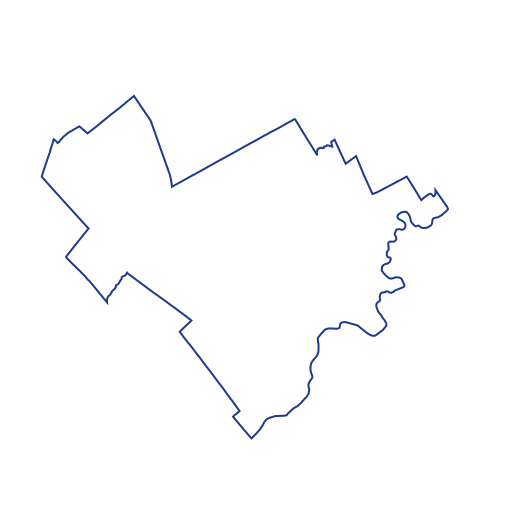 Nucet, Dâmbovita, Romania, rotated 260°
{"feature_id": "2599482B97310589725824", "entity_name": "Nucet", "entity_type": "district", "adm_level": 2, "iso_a3": "ROU", "parent_name": "Romania", "parent_adm1": "Dâmbovita", "projection": "robinson", "projection_center": [25.548, 44.795], "detail": "fine", "context": "isolated", "style": "outline", "palette": "blue", "viewbox_px": 512, "rotation_deg": 260, "n_neighbors": 0, "source": "geoboundaries", "source_scale": "gbopen_adm2", "svg_char_len": 6045}
<svg xmlns="http://www.w3.org/2000/svg" viewBox="0 0 512 512"><g transform="rotate(260 256 256)"><path d="M256.5,434.3L257.4,435.1L259.6,435.6L261.2,436.2L262.3,437.2L262.5,439.5L262.6,441.9L263.9,445.8L265.7,448.8L267.5,451.7L268.7,453.2L269.3,453.1L271.3,452.7L282.5,447.5L289.7,444.2L287.6,443.9L285.0,443.0L283.9,441.7L283.9,441.2L284.3,440.7L285.8,439.9L286.6,439.4L287.0,438.8L287.0,438.0L286.8,437.1L286.5,436.1L286.1,435.1L285.4,433.6L284.8,432.5L284.3,431.5L282.3,428.5L284.4,427.7L292.4,424.6L294.1,423.9L297.6,422.5L300.5,421.3L303.0,420.3L307.1,418.6L307.4,418.5L307.7,418.4L308.1,418.2L307.2,415.8L304.6,407.7L300.9,396.3L297.7,386.3L296.8,381.5L316.6,376.4L337.0,371.9L331.3,360.3L356.9,353.6L355.2,349.8L350.5,350.1L351.4,348.2L352.7,345.6L351.9,343.7L351.9,342.0L350.6,341.4L350.6,340.1L351.5,338.6L351.1,337.3L351.0,336.1L349.8,334.9L347.2,333.8L344.5,333.9L365.8,325.3L383.5,318.4L384.1,317.7L382.7,313.6L382.2,312.2L380.8,308.1L379.2,303.7L377.9,299.8L376.6,295.8L376.1,294.3L376.0,293.6L374.9,290.6L373.2,285.4L371.5,280.5L369.9,276.0L367.6,269.1L365.3,262.3L363.2,256.4L360.8,249.5L357.9,240.9L357.0,238.5L356.9,237.8L354.8,231.7L351.2,221.5L348.8,214.6L348.2,212.9L347.9,211.9L347.4,210.6L347.1,209.7L346.7,208.2L346.1,206.5L345.1,203.5L344.8,203.0L344.7,202.5L344.6,202.3L344.5,201.9L344.2,201.1L343.9,200.4L343.8,199.9L343.5,199.1L343.3,198.6L343.1,198.0L342.8,197.1L342.2,195.5L341.8,194.0L341.6,193.4L341.4,192.9L340.7,190.9L340.5,190.1L339.8,188.2L339.2,186.4L339.1,186.0L338.8,185.3L339.3,185.4L344.7,185.5L349.2,185.4L351.3,185.2L356.1,184.4L363.1,183.2L378.0,180.7L400.4,177.0L407.5,175.8L408.2,175.5L428.7,166.3L433.0,164.4L434.8,163.6L434.2,162.6L430.8,156.5L425.8,147.8L420.1,137.0L411.2,121.2L406.0,111.4L414.2,104.7L414.3,104.2L409.9,92.4L406.8,87.0L404.0,83.4L403.6,82.9L402.7,82.2L402.2,81.2L401.7,80.2L403.0,79.6L404.3,78.6L405.5,77.7L405.8,77.2L406.0,77.0L405.3,76.6L404.6,76.2L404.0,76.0L402.3,75.2L400.7,74.4L399.5,73.7L397.7,72.7L396.5,72.0L396.3,72.2L393.8,70.9L390.6,69.1L382.4,64.6L372.0,59.0L371.2,58.8L350.4,71.7L328.4,85.6L322.9,89.0L312.5,95.7L312.2,95.9L300.3,82.3L288.4,69.0L287.6,68.8L284.6,70.8L274.9,77.6L274.6,77.8L274.0,78.3L271.9,79.9L268.6,82.1L267.1,83.2L265.8,84.0L264.6,84.7L262.8,85.7L262.0,86.2L261.5,86.6L261.0,87.0L260.4,87.5L260.2,87.7L260.0,87.8L236.3,101.2L237.5,101.3L239.5,101.9L241.1,102.8L242.3,103.9L242.8,105.2L243.6,106.0L245.2,107.3L246.6,108.5L247.3,109.7L248.1,111.0L248.6,111.6L249.2,111.9L249.7,112.5L250.8,112.7L251.4,113.0L251.7,113.8L252.1,115.1L252.4,115.6L253.0,116.1L253.8,116.7L254.3,117.3L255.7,118.4L256.2,119.1L256.8,119.5L257.6,119.8L258.4,120.1L258.8,120.7L259.0,121.7L259.3,123.0L259.4,123.5L259.9,124.2L260.5,124.9L261.2,125.4L261.9,126.1L261.6,126.2L261.1,126.7L260.3,127.4L260.2,127.5L253.0,134.3L241.8,144.9L237.1,149.3L234.8,151.8L232.0,154.4L228.9,157.5L222.3,163.7L218.8,167.2L215.7,170.0L211.5,174.1L206.0,179.1L204.0,181.0L203.8,181.1L203.7,181.2L194.7,167.7L194.3,167.9L194.1,168.0L186.0,172.1L180.2,175.3L179.5,175.8L179.3,175.9L169.6,180.8L169.1,181.1L167.9,181.7L168.0,181.8L167.8,181.9L163.4,184.1L162.2,184.7L161.4,185.1L161.2,185.2L158.7,186.5L155.2,188.3L149.5,191.3L146.7,192.7L144.2,194.0L141.3,195.4L136.7,197.8L133.7,199.4L129.2,201.6L128.7,201.8L127.1,202.6L125.0,203.6L116.7,207.8L106.1,212.9L105.9,212.6L105.3,211.5L104.0,209.5L103.7,208.8L103.1,207.4L101.8,205.5L94.9,209.4L80.8,217.6L77.2,219.9L79.9,223.8L84.2,229.4L86.0,231.2L87.3,232.5L88.5,233.6L90.7,235.0L93.0,237.6L94.0,240.0L94.5,242.8L94.8,245.5L95.0,247.3L94.4,251.8L93.9,255.3L93.8,258.4L95.6,260.4L96.3,261.5L97.0,262.8L97.9,264.0L99.2,266.1L99.9,267.6L100.5,269.4L100.9,270.8L102.3,272.9L103.5,274.8L105.1,276.8L106.2,278.2L107.0,279.1L107.7,280.2L108.6,281.5L109.8,282.6L111.4,283.9L114.8,285.2L117.6,285.1L120.0,285.2L121.4,285.8L122.7,286.8L124.1,288.0L125.7,289.7L126.7,290.4L127.7,290.7L129.1,290.4L130.7,290.1L134.3,289.8L138.0,290.6L140.8,291.8L143.3,293.9L145.2,296.4L146.4,297.9L148.7,299.8L149.9,300.4L151.7,301.1L153.4,301.3L155.4,301.8L159.2,302.3L160.6,302.2L162.2,302.3L164.1,302.5L165.5,303.6L166.8,305.2L167.9,306.4L169.4,308.4L171.4,310.9L172.0,313.4L172.0,315.3L171.1,319.7L170.8,320.8L170.2,323.7L170.7,325.5L171.9,326.3L174.6,327.2L175.7,329.4L175.5,332.5L169.7,344.4L166.1,347.3L163.4,349.8L160.9,351.9L158.0,355.3L156.9,358.0L156.9,359.7L158.0,362.0L159.0,363.9L160.2,366.3L161.0,368.0L162.8,370.1L164.6,372.2L165.9,372.5L167.2,372.5L170.4,371.5L172.8,370.1L175.1,369.4L177.8,367.8L180.4,366.6L183.0,366.1L185.7,365.7L187.8,366.3L189.1,367.5L190.1,369.7L191.1,370.6L193.8,370.6L196.9,371.9L197.9,372.9L198.2,374.2L197.9,375.6L197.9,376.9L198.3,377.4L198.5,378.4L198.4,379.3L197.7,380.3L196.8,381.2L196.2,382.9L196.8,385.1L197.9,386.8L199.6,395.2L200.1,396.3L200.5,396.7L201.1,397.1L202.1,397.0L203.0,396.7L206.1,396.0L208.3,395.3L209.2,394.5L209.9,393.4L210.5,391.2L210.7,390.0L210.7,389.1L210.4,387.9L210.2,386.7L210.3,385.1L210.8,383.6L211.9,382.3L213.4,381.1L216.9,378.7L219.3,377.6L221.3,377.5L223.7,378.5L224.9,379.7L225.6,382.0L225.8,384.8L227.0,386.7L228.6,387.8L229.8,388.2L230.3,388.1L230.7,388.0L231.3,387.4L231.8,386.1L232.5,385.4L233.6,385.0L234.7,385.0L235.7,385.2L237.5,385.9L238.4,386.8L239.0,387.6L239.9,387.9L241.4,388.1L243.4,388.2L245.0,388.4L246.3,388.9L246.8,389.8L246.8,391.4L246.2,393.5L246.3,394.6L247.0,396.1L248.3,397.1L249.3,397.3L250.2,397.1L251.7,396.8L253.0,396.3L254.3,396.7L255.5,397.5L256.9,398.3L257.6,399.2L257.7,400.8L257.4,402.2L256.7,403.7L256.4,405.2L256.6,405.9L257.2,406.8L257.9,407.6L258.6,408.0L260.2,408.5L261.5,408.6L262.8,408.2L263.9,407.4L264.7,406.6L266.0,405.1L267.3,403.4L268.7,402.3L270.5,402.1L271.6,402.7L272.6,404.2L273.6,406.3L273.8,408.3L273.8,410.0L273.1,412.0L270.7,413.5L268.3,414.3L266.5,414.5L264.8,414.5L263.3,414.5L261.7,415.2L260.1,416.2L258.6,417.2L257.6,418.3L257.5,419.6L257.7,420.4L257.8,421.1L257.6,421.7L257.2,422.1L255.7,423.2L255.0,424.3L254.5,425.6L254.2,428.3L254.3,429.8L254.9,431.7L255.7,433.4L256.5,434.3Z" fill="none" stroke="#1e3a8a" stroke-width="2"/></g></svg>